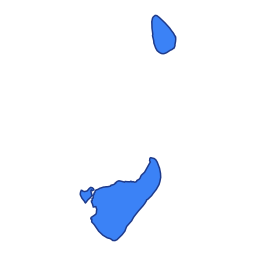 Niuatoputapu, Tonga (Natural Earth projection)
{"feature_id": "48082658B65008751810266", "entity_name": "Niuatoputapu", "entity_type": "district", "adm_level": 2, "iso_a3": "TON", "parent_name": "Tonga", "parent_adm1": "", "projection": "natural_earth1", "projection_center": [-173.776, -15.91], "detail": "fine", "context": "isolated", "style": "filled", "palette": "blue", "viewbox_px": 256, "rotation_deg": 0, "n_neighbors": 0, "source": "geoboundaries", "source_scale": "gbopen_adm2", "svg_char_len": 2375}
<svg xmlns="http://www.w3.org/2000/svg" viewBox="0 0 256 256"><path d="M131.7,220.7L132.8,218.6L134.0,216.6L138.4,211.0L143.0,205.8L145.0,203.1L146.5,200.6L146.6,199.9L147.9,199.2L151.6,195.6L153.0,193.6L156.3,189.4L159.0,184.6L159.9,181.5L160.7,177.4L160.5,173.3L159.5,168.2L157.2,162.1L155.7,159.7L154.1,158.5L150.7,157.7L149.9,158.3L149.6,160.7L150.3,162.0L144.6,172.2L141.4,175.2L141.0,175.9L140.5,176.9L140.3,177.7L139.3,179.1L136.9,180.5L136.7,181.2L136.0,181.8L135.8,181.9L135.1,182.0L134.5,182.2L133.0,181.6L132.1,181.9L131.1,181.6L130.9,181.2L129.9,181.8L127.1,181.7L125.2,181.5L124.5,182.1L122.2,181.5L121.4,181.3L119.8,180.9L118.5,180.9L117.1,181.5L115.3,183.0L115.5,183.3L114.6,183.9L114.0,184.4L112.2,185.0L111.5,185.1L110.8,185.4L110.6,186.0L109.3,186.4L107.7,186.7L105.7,186.8L104.8,187.0L103.4,187.1L101.1,187.9L99.7,188.3L98.8,188.9L97.9,189.4L96.4,189.9L95.3,190.5L94.8,192.5L94.0,193.3L93.9,194.6L93.1,195.2L93.1,196.6L93.2,197.9L92.7,198.3L92.1,198.6L92.2,200.6L91.4,201.0L91.6,202.3L92.3,203.5L93.3,207.0L95.8,206.6L96.8,209.5L96.5,210.8L96.4,212.8L95.9,214.1L93.8,215.7L91.2,217.4L90.8,218.4L91.2,219.3L91.8,219.3L91.7,221.9L94.2,224.6L98.7,231.2L102.9,235.2L107.2,237.8L110.4,238.7L112.8,240.5L115.0,240.6L117.0,239.7L122.1,234.7L124.9,231.1L126.0,228.1L126.7,226.4L131.7,220.7ZM161.0,19.1L159.3,17.5L157.6,16.2L156.8,15.6L155.2,15.4L153.4,16.8L152.5,18.2L151.8,21.7L151.9,23.9L152.0,28.1L152.8,34.2L152.5,35.7L153.7,40.7L153.9,43.1L155.6,47.9L157.1,50.6L159.0,52.2L160.5,53.1L161.8,53.6L163.3,53.7L164.5,53.5L166.5,52.7L168.5,51.4L170.5,50.1L171.7,49.7L173.0,48.7L173.3,48.4L173.8,48.4L174.3,47.5L174.9,45.9L175.0,45.0L174.9,44.8L175.5,41.7L175.7,39.7L175.7,38.3L175.7,37.7L175.4,37.3L175.6,36.9L175.4,36.5L175.1,36.2L175.0,35.8L174.6,35.5L173.8,33.8L173.3,33.0L171.5,30.7L169.6,28.0L165.0,22.9L161.0,19.1ZM91.5,193.2L91.0,192.2L91.0,191.1L91.0,190.4L91.3,190.0L91.8,190.4L92.2,190.7L93.4,190.0L93.8,189.5L93.4,188.7L92.3,187.8L91.4,187.5L90.6,187.4L89.2,188.5L88.3,189.6L87.0,191.0L84.5,191.6L82.9,191.1L82.4,190.8L82.2,190.5L81.3,190.3L80.6,191.9L80.3,193.4L80.3,194.7L80.8,195.9L81.3,196.8L81.8,198.0L82.9,199.4L83.6,200.3L84.3,201.1L84.8,202.1L85.4,202.9L85.6,202.8L86.6,201.6L87.2,200.7L87.7,200.1L88.3,199.4L89.2,198.7L90.2,197.8L90.8,197.1L91.7,195.5L91.7,194.2L91.3,193.8L91.5,193.2Z" fill="#3b82f6" stroke="#1e3a8a" stroke-width="1.5"/></svg>